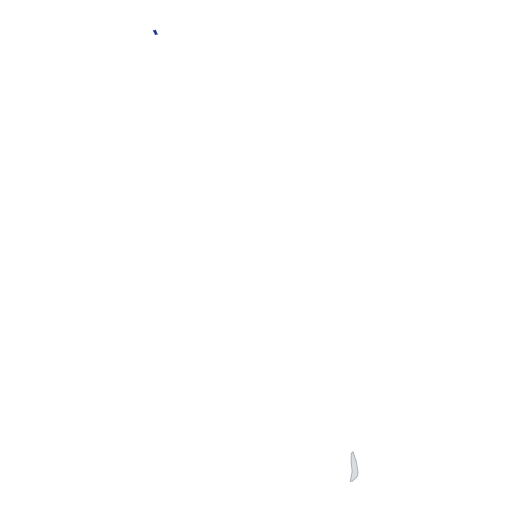 location of Potufale, Tuvalu
{"feature_id": "33948139B14408350290705", "entity_name": "Potufale", "entity_type": "district", "adm_level": 2, "iso_a3": "TUV", "parent_name": "Tuvalu", "parent_adm1": "", "projection": "robinson", "projection_center": [178.678, -7.484], "detail": "fine", "context": "in_parent", "style": "filled", "palette": "blue", "viewbox_px": 512, "rotation_deg": 0, "n_neighbors": 0, "source": "geoboundaries", "source_scale": "gbopen_adm2", "svg_char_len": 688}
<svg xmlns="http://www.w3.org/2000/svg" viewBox="0 0 512 512"><path d="M357.0,476.7L352.1,481.3L350.3,481.2L352.2,471.5L351.1,461.5L351.3,453.5L353.0,451.9L356.2,461.3L358.1,472.7L357.0,476.7Z" fill="#d9dde1" stroke="#a8b0b8" stroke-width="1"/><path d="M156.6,33.7L156.4,33.5L156.4,33.4L156.4,33.2L156.3,32.9L156.2,32.8L156.1,32.5L156.0,32.3L155.9,32.1L155.9,31.9L155.8,31.6L155.6,31.3L155.4,31.2L155.3,30.9L155.2,30.8L155.2,30.7L155.0,30.8L154.6,30.9L154.4,31.0L154.2,31.0L153.9,31.0L154.1,31.5L154.6,32.3L154.9,32.8L155.1,33.2L155.3,33.4L155.5,33.8L155.5,34.1L155.8,34.0L155.9,33.9L156.0,33.9L156.3,33.8L156.4,33.7L156.6,33.7Z" fill="#3b82f6" stroke="#1e3a8a" stroke-width="1.5"/></svg>